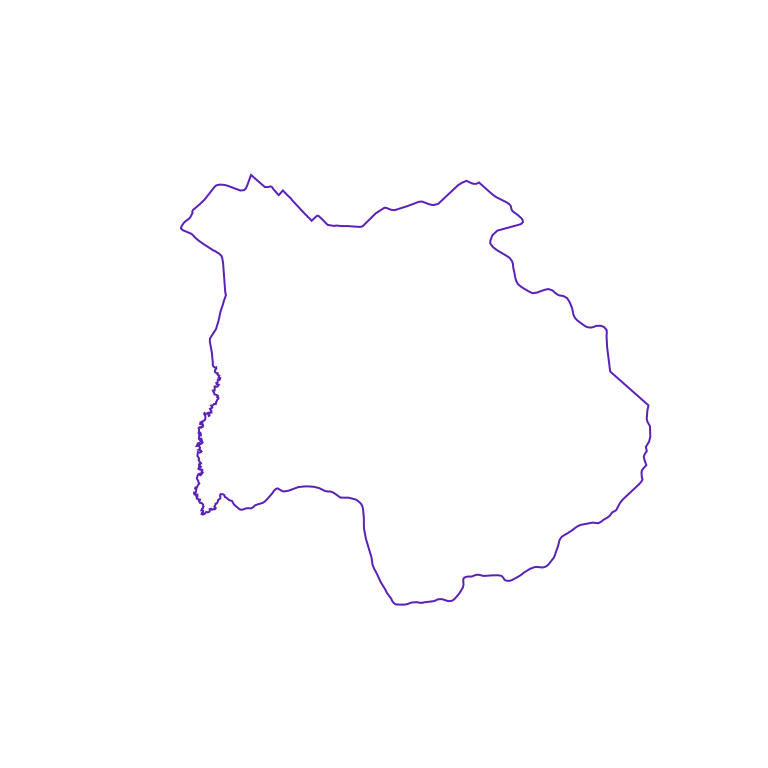 Ponhea Kraek, Kâmpóng Cham, Cambodia (Albers equal-area conic projection), rotated 41°
{"feature_id": "14789045B85253678396589", "entity_name": "Ponhea Kraek", "entity_type": "district", "adm_level": 2, "iso_a3": "KHM", "parent_name": "Cambodia", "parent_adm1": "Kâmpóng Cham", "projection": "albers", "projection_center": [105.837, 11.75], "detail": "fine", "context": "isolated", "style": "outline", "palette": "violet", "viewbox_px": 768, "rotation_deg": 41, "n_neighbors": 0, "source": "geoboundaries", "source_scale": "gbopen_adm2", "svg_char_len": 6165}
<svg xmlns="http://www.w3.org/2000/svg" viewBox="0 0 768 768"><g transform="rotate(41 384 384)"><path d="M332.8,601.5L333.5,600.6L333.8,599.3L333.8,597.1L335.1,596.6L336.0,595.1L335.7,593.9L334.5,592.8L335.3,591.6L336.8,591.7L337.7,589.5L338.5,589.5L338.6,588.7L338.4,588.0L336.5,587.9L335.9,585.4L335.4,584.8L336.1,583.8L335.9,582.5L335.5,581.3L334.9,580.6L335.5,577.6L333.1,575.2L333.0,574.3L334.8,572.9L336.5,572.6L338.0,573.7L339.2,573.3L343.4,573.2L346.0,572.0L350.0,573.4L357.0,573.3L358.8,572.6L359.5,571.8L361.9,567.8L363.6,566.3L365.2,565.2L366.1,562.7L366.3,560.2L367.7,557.6L370.3,553.6L371.1,551.1L371.4,547.2L371.4,539.8L371.0,536.9L371.2,534.4L372.1,532.6L377.8,531.5L379.0,530.7L381.9,527.3L386.9,518.1L390.9,513.8L393.6,511.3L398.5,507.6L403.6,505.0L409.3,503.6L412.3,501.9L413.7,500.5L416.8,499.2L425.5,498.3L427.6,496.7L431.7,493.1L438.7,489.6L442.7,489.3L445.4,489.5L448.2,490.7L450.3,492.2L456.3,497.9L461.4,503.7L464.2,506.6L471.8,512.6L488.5,523.2L493.9,527.9L497.8,529.9L502.7,531.7L511.3,535.6L519.9,538.3L523.4,539.8L530.1,541.2L532.4,542.3L535.1,542.9L537.2,542.7L539.0,541.5L544.3,537.0L546.0,534.8L548.4,530.5L552.0,527.1L554.4,525.7L556.4,524.1L557.8,522.1L563.3,516.1L564.7,514.1L565.8,511.4L567.6,509.4L569.2,508.2L575.0,505.7L577.4,503.2L577.9,501.8L578.3,499.7L578.3,493.8L577.8,489.7L576.9,485.5L575.5,483.1L573.6,481.3L571.8,479.1L571.7,477.4L572.5,475.7L573.9,474.0L576.4,471.9L578.2,468.5L579.4,466.8L581.7,465.2L584.7,463.8L587.0,461.7L591.2,457.4L595.5,453.6L598.2,451.9L599.2,451.7L602.0,452.2L603.1,452.6L604.3,452.6L605.9,451.8L607.9,450.2L609.1,448.3L611.9,440.8L612.9,437.2L613.4,434.3L615.5,427.6L617.4,424.1L618.6,422.4L624.0,418.5L625.2,416.9L626.2,414.8L626.5,412.1L626.1,403.6L625.1,400.5L624.1,398.4L621.9,392.6L618.8,386.5L618.4,383.7L618.5,382.1L621.6,372.4L623.1,365.3L624.7,361.5L632.4,351.7L637.1,348.5L638.3,345.1L638.7,342.6L640.3,338.1L640.8,335.4L640.5,330.9L641.4,328.9L642.0,326.8L640.5,320.5L640.1,318.1L640.0,314.4L642.3,291.9L642.3,289.0L641.8,286.5L639.5,285.0L636.3,281.7L635.3,280.0L635.1,277.1L635.2,273.1L630.7,270.6L627.6,268.3L626.7,265.4L626.4,262.3L622.9,259.7L621.8,253.4L619.5,249.0L612.3,241.3L607.9,239.8L605.2,238.0L600.1,231.1L597.6,226.6L546.5,226.2L528.1,209.7L520.4,201.7L518.2,198.7L516.4,197.1L512.8,196.7L509.7,197.6L506.0,200.9L504.6,203.8L502.8,206.0L500.0,207.8L497.3,208.5L488.2,209.2L484.6,208.8L481.2,207.2L476.3,203.4L470.1,200.3L465.9,199.1L461.7,199.9L458.4,202.0L456.7,202.6L453.4,203.0L450.3,202.7L445.7,204.5L443.5,207.5L441.1,211.6L439.7,214.4L436.5,218.1L431.3,219.4L424.3,220.6L419.6,220.8L415.6,219.2L412.2,216.8L408.6,213.8L405.3,211.5L402.6,208.8L399.8,207.2L396.0,206.4L391.5,207.0L381.3,208.9L376.3,209.2L372.0,208.2L370.3,206.2L368.2,200.5L368.9,193.9L382.3,173.8L382.7,170.8L380.8,169.1L378.4,168.7L373.9,168.7L367.5,169.2L365.6,168.5L363.0,166.6L361.1,166.1L358.0,166.3L346.3,169.3L341.6,169.8L323.5,169.6L322.3,172.4L320.5,174.0L318.5,175.0L313.0,176.5L310.8,181.0L309.5,185.3L306.7,212.6L303.8,216.7L300.4,218.6L292.9,221.4L290.8,223.6L284.9,234.5L278.0,245.8L275.4,247.7L270.7,249.4L268.7,250.6L265.8,260.6L264.4,278.9L263.0,281.1L252.5,289.0L248.5,292.6L244.4,295.4L242.3,297.7L237.0,300.9L228.7,300.2L224.2,300.1L223.0,301.1L222.3,308.3L218.4,307.8L216.6,307.9L215.8,307.6L213.4,307.6L193.7,305.5L191.8,305.0L188.9,305.0L180.7,304.3L180.7,310.4L179.9,310.5L172.7,309.5L169.9,308.8L168.5,309.6L167.2,311.5L164.8,313.5L146.5,313.5L150.5,323.9L151.5,327.2L151.2,329.5L148.7,332.2L135.4,337.2L132.9,338.5L129.4,341.1L127.1,344.1L126.8,346.4L127.6,362.9L127.0,369.1L125.7,378.1L126.2,379.6L127.3,380.5L128.4,385.3L128.4,387.1L127.3,392.1L127.2,393.8L127.5,396.4L128.2,399.1L128.8,399.9L131.6,399.8L140.2,397.0L143.2,397.1L145.0,397.4L149.5,397.4L154.3,397.0L167.9,395.1L168.7,394.6L174.1,393.8L177.5,394.0L179.7,395.4L183.2,398.3L204.0,418.9L206.4,420.6L208.7,426.5L210.3,429.7L213.0,436.5L217.6,444.7L221.2,452.8L222.8,463.9L224.9,466.4L233.3,473.1L240.7,480.1L242.2,481.9L243.8,482.7L246.1,482.5L246.4,481.6L247.3,482.3L247.5,484.5L248.4,485.8L249.5,485.8L251.6,485.0L252.0,486.0L252.8,486.1L254.1,485.7L254.7,487.3L256.6,486.9L257.2,488.7L256.4,488.8L255.6,489.5L257.7,492.6L256.9,493.3L257.8,493.9L259.9,493.1L260.0,495.3L259.1,496.1L258.3,496.4L257.8,497.1L258.6,497.7L260.4,500.0L259.2,501.2L263.1,503.0L265.0,502.0L266.4,501.9L266.6,503.3L267.9,502.9L268.6,503.7L268.5,505.5L269.0,506.6L269.0,507.7L269.8,508.5L270.2,509.5L268.8,510.6L269.0,511.5L268.7,512.4L267.7,513.7L269.8,514.2L269.8,515.2L268.9,516.8L269.8,517.2L271.5,517.6L272.5,518.7L271.6,519.2L271.2,519.8L271.3,520.6L273.0,522.3L272.7,523.0L270.1,521.3L269.5,523.0L268.6,523.7L267.6,523.7L267.9,524.6L270.2,525.3L272.1,527.7L272.4,529.2L271.2,531.9L272.1,532.1L272.0,533.2L270.8,533.7L271.5,534.8L272.8,534.2L273.7,533.4L274.7,534.0L275.3,535.5L274.2,536.2L274.6,537.1L273.1,537.8L273.0,538.9L274.4,539.8L275.8,541.7L276.2,542.7L277.2,542.7L277.5,541.4L278.6,541.9L279.5,542.9L278.2,544.0L278.8,544.6L279.9,546.5L280.8,547.0L281.6,546.3L281.6,545.3L282.4,545.2L284.0,546.6L283.3,547.4L284.4,547.6L285.4,547.2L285.5,548.2L284.5,550.7L283.2,549.7L282.5,550.7L283.3,553.7L284.5,552.5L285.3,552.0L287.1,553.0L287.5,554.1L287.2,555.3L289.3,554.4L290.6,554.7L290.5,555.5L289.8,556.8L288.2,557.5L290.3,560.6L293.5,561.6L293.8,562.8L295.4,563.5L296.5,563.8L297.9,563.8L297.9,564.9L297.1,565.5L297.4,566.5L300.1,566.6L299.9,568.4L298.9,568.2L299.6,569.8L301.4,569.4L302.3,568.3L303.3,568.0L304.0,568.8L303.8,569.6L304.6,570.4L305.4,570.1L305.4,573.2L304.6,573.5L303.9,572.4L303.4,573.1L303.1,574.2L303.5,575.8L304.1,576.5L304.3,577.5L304.8,578.1L305.9,578.6L307.2,578.8L308.0,579.7L309.9,580.3L309.9,582.1L310.8,585.4L309.6,585.8L309.9,586.7L310.6,587.0L311.4,586.6L313.3,589.6L311.9,590.4L312.3,591.1L313.4,591.7L314.2,590.9L315.7,591.7L316.0,590.2L316.9,591.1L316.9,592.3L317.9,593.3L318.6,592.7L319.7,592.6L320.3,593.1L321.0,592.1L321.4,592.9L321.2,593.6L322.0,594.1L323.2,594.4L324.4,593.4L326.5,593.7L327.5,594.7L328.2,594.9L328.3,595.7L328.8,596.3L328.4,597.3L329.1,599.2L330.6,598.2L331.6,599.7L331.2,600.7L331.7,601.9L332.8,601.5Z" fill="none" stroke="#5b21b6" stroke-width="2"/></g></svg>